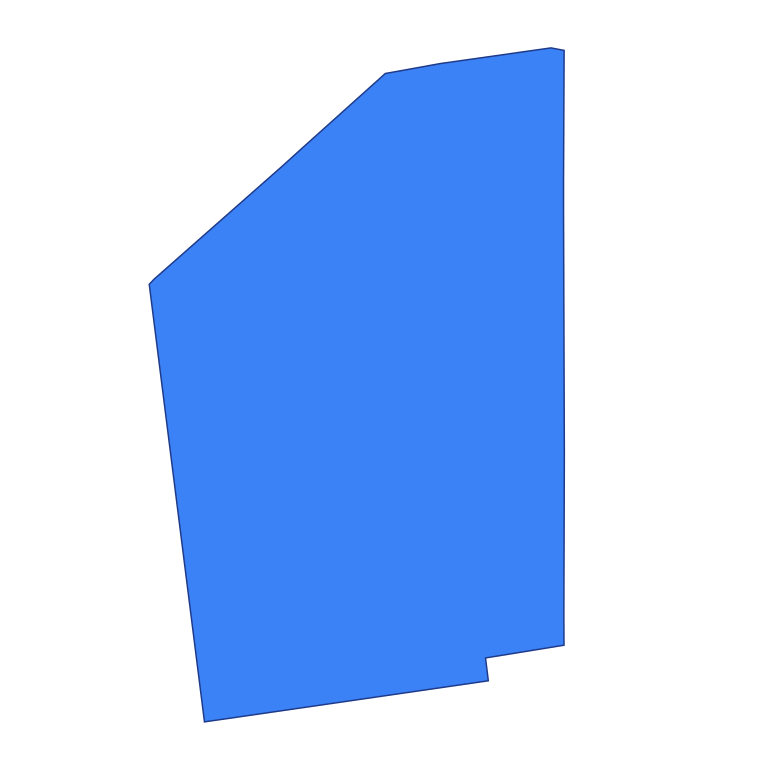 Ripley, Indiana, United States of America (Equal Earth projection), rotated 352°
{"feature_id": "52423323B48064800359713", "entity_name": "Ripley", "entity_type": "district", "adm_level": 2, "iso_a3": "USA", "parent_name": "United States of America", "parent_adm1": "Indiana", "projection": "equal_earth", "projection_center": [-85.227, 39.112], "detail": "fine", "context": "isolated", "style": "filled", "palette": "blue", "viewbox_px": 768, "rotation_deg": 352, "n_neighbors": 0, "source": "geoboundaries", "source_scale": "gbopen_adm2", "svg_char_len": 371}
<svg xmlns="http://www.w3.org/2000/svg" viewBox="0 0 768 768"><g transform="rotate(352 384 384)"><path d="M165.4,252.6L159.2,693.6L446.0,692.4L446.4,669.4L525.9,667.7L529.8,638.9L552.8,478.8L586.1,236.0L589.6,211.0L608.8,78.7L596.1,74.4L484.6,74.5L428.5,76.7L335.4,139.3L313.3,154.3L170.9,248.2L165.4,252.6Z" fill="#3b82f6" stroke="#1e3a8a" stroke-width="1.5"/></g></svg>